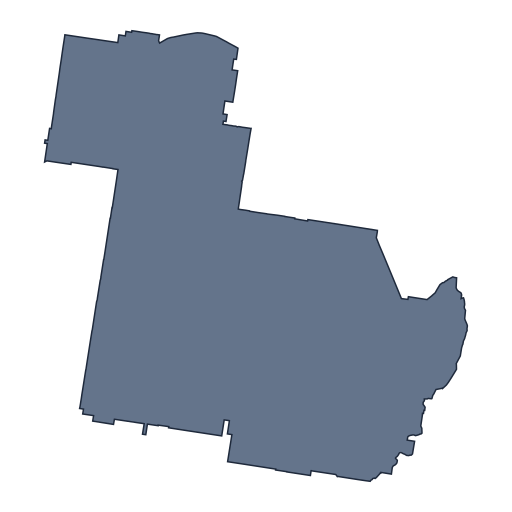 Coolamon, New South Wales, Australia
{"feature_id": "25037944B40233060499011", "entity_name": "Coolamon", "entity_type": "district", "adm_level": 2, "iso_a3": "AUS", "parent_name": "Australia", "parent_adm1": "New South Wales", "projection": "robinson", "projection_center": [147.189, -34.6], "detail": "fine", "context": "isolated", "style": "filled", "palette": "slate", "viewbox_px": 512, "rotation_deg": 0, "n_neighbors": 0, "source": "geoboundaries", "source_scale": "gbopen_adm2", "svg_char_len": 5764}
<svg xmlns="http://www.w3.org/2000/svg" viewBox="0 0 512 512"><path d="M63.6,43.5L62.9,48.1L62.1,53.6L61.2,60.0L60.1,67.1L59.8,69.3L59.3,73.2L56.1,95.1L56.0,96.3L55.4,99.6L53.6,112.5L53.5,113.7L53.4,114.4L53.0,117.0L51.5,126.8L51.3,128.7L49.6,128.4L47.8,140.3L45.1,139.9L44.6,143.2L47.3,143.6L44.6,162.0L44.8,161.9L45.0,161.8L45.8,161.4L46.6,161.0L46.9,160.9L47.1,160.9L57.8,162.5L70.9,164.4L71.2,162.3L93.9,165.7L99.3,166.5L102.7,167.1L103.4,167.1L113.0,168.6L113.0,168.8L118.0,169.5L116.3,181.2L112.3,207.7L112.0,207.6L110.4,218.3L110.1,218.3L104.9,252.5L103.8,259.5L103.6,259.6L101.0,276.2L100.9,276.7L100.9,277.0L100.9,277.5L100.6,279.2L100.2,280.5L97.4,298.1L97.3,299.1L97.2,299.9L97.1,300.2L96.8,301.0L96.6,301.6L92.3,329.7L92.2,330.2L92.0,330.7L90.4,340.8L86.5,365.8L86.0,369.3L85.8,369.8L85.3,372.9L83.7,383.1L82.7,389.4L81.9,394.4L81.3,398.6L80.9,401.0L80.4,404.2L80.0,406.7L79.6,408.5L83.5,409.1L82.7,414.0L93.6,415.6L92.7,421.1L113.5,424.4L114.4,419.3L114.8,419.3L144.2,423.7L142.5,434.2L145.8,434.7L147.4,424.1L158.1,425.7L158.1,425.1L168.8,426.6L168.6,427.8L186.8,430.6L221.7,435.9L224.2,419.9L229.2,420.6L229.4,420.7L227.4,433.9L231.9,434.6L227.6,461.7L244.8,464.3L275.8,469.1L275.6,470.0L286.3,471.6L286.7,471.6L286.7,471.9L310.4,475.5L311.1,470.7L311.3,470.7L311.3,470.8L335.8,474.5L337.3,476.6L337.6,476.4L358.2,479.6L365.6,480.7L370.2,481.3L370.9,480.2L372.2,479.5L372.6,478.6L374.5,478.1L375.1,478.5L376.3,477.6L380.2,473.3L380.2,473.2L380.8,473.2L380.9,472.4L391.4,474.1L392.3,467.4L392.8,466.6L392.9,466.4L393.1,466.1L393.4,465.8L393.5,465.7L394.0,465.5L395.1,464.9L396.1,464.0L396.5,463.4L396.9,462.9L397.0,462.3L397.3,460.8L397.3,460.3L397.2,460.1L397.0,459.9L396.7,459.5L396.0,458.9L395.7,458.6L395.5,458.3L395.5,458.0L395.7,457.7L396.6,456.8L397.1,456.5L397.4,456.2L398.6,454.5L398.8,454.1L398.9,453.6L399.2,453.2L399.7,452.8L400.2,452.6L400.7,452.6L401.1,452.6L401.5,452.7L402.0,453.0L402.5,453.3L403.5,453.8L404.9,454.3L405.3,454.6L406.6,455.4L408.8,455.6L409.7,455.2L411.3,455.1L412.5,453.9L414.6,441.3L407.2,440.1L407.8,436.8L408.1,436.5L408.4,436.2L409.0,435.9L409.3,435.8L410.0,435.5L410.4,435.4L411.8,435.1L412.5,435.0L412.9,434.9L413.1,434.9L413.3,434.9L414.0,435.0L414.7,435.3L415.4,435.6L415.5,435.5L416.1,435.5L418.9,434.7L419.9,434.1L421.0,434.0L422.0,433.1L421.8,428.2L420.9,426.3L420.8,425.8L421.0,424.5L422.5,414.4L422.4,414.4L422.5,413.3L423.5,413.4L423.9,410.3L424.7,410.4L425.1,407.2L423.1,404.3L423.2,402.3L424.4,400.7L424.3,399.0L427.3,398.9L428.2,398.4L431.4,398.8L431.9,398.6L432.8,395.3L432.9,395.2L433.7,394.1L436.0,389.5L442.1,388.3L442.2,388.2L442.5,388.6L446.4,385.0L448.4,382.3L451.6,377.3L456.5,369.3L456.4,364.7L456.2,363.7L460.3,356.0L461.6,347.9L462.5,344.9L462.9,344.2L463.4,341.1L464.6,338.6L464.9,337.5L465.6,335.2L466.1,332.7L467.1,330.7L467.0,328.6L467.4,325.9L467.0,324.4L465.1,320.0L464.7,318.6L465.5,310.3L465.2,309.8L464.7,308.9L464.5,308.5L464.3,307.6L464.3,307.2L464.3,306.7L464.3,306.2L464.5,305.7L464.6,305.2L464.6,304.8L464.7,304.2L464.6,303.2L464.5,302.7L464.5,302.2L464.4,301.1L464.3,300.7L464.2,300.2L464.0,299.3L463.8,298.7L463.6,298.0L463.5,297.8L463.2,297.8L462.9,297.9L461.1,298.6L461.6,295.4L461.4,295.4L461.5,294.8L461.5,294.5L461.5,294.2L461.4,293.9L461.3,293.6L461.2,293.4L461.1,293.1L460.9,292.9L460.8,292.7L460.6,292.6L459.9,292.1L459.0,291.6L458.1,290.9L457.6,290.5L457.4,290.2L457.2,290.1L456.9,289.5L456.6,289.0L456.5,288.7L456.3,288.3L456.2,287.8L456.1,287.5L456.2,286.2L456.6,277.8L454.7,277.5L452.8,276.9L447.8,279.6L447.8,279.8L447.7,280.0L446.1,280.9L445.7,281.0L445.3,281.3L444.0,282.5L443.8,282.6L443.1,282.6L442.7,282.7L442.4,282.8L440.4,284.3L440.0,284.6L439.8,284.9L436.8,289.9L435.2,292.8L432.2,295.4L432.2,295.5L427.3,299.4L427.1,299.6L408.4,296.7L407.9,299.4L401.4,298.6L393.0,278.2L387.9,265.9L383.1,254.3L379.4,245.6L376.3,237.8L377.3,231.9L377.4,230.4L356.5,227.1L347.7,225.7L307.9,219.6L307.6,221.0L294.7,218.8L294.8,218.0L292.0,217.6L284.7,216.5L284.7,216.3L277.4,215.2L268.3,214.1L267.2,214.0L266.9,213.8L258.3,212.6L251.4,211.5L249.7,211.3L249.6,210.9L245.5,210.2L240.3,209.5L238.3,209.1L238.5,207.4L239.3,202.2L239.8,198.6L241.6,186.5L241.6,186.3L241.6,186.0L241.8,184.4L242.1,182.5L242.1,182.2L242.1,181.8L241.7,181.2L242.0,180.8L242.3,180.7L242.5,180.3L243.4,175.4L243.4,175.0L243.6,174.4L243.7,174.1L245.2,164.8L245.7,161.7L245.8,160.5L246.3,157.5L247.6,149.6L248.5,143.9L250.1,133.9L251.1,128.4L250.6,128.4L250.4,128.4L249.6,128.2L249.1,128.2L248.6,128.1L248.0,128.0L247.2,127.9L246.5,127.8L245.2,127.6L243.7,127.4L242.7,127.3L241.2,127.0L240.6,126.9L240.2,126.8L239.7,126.8L239.2,126.6L238.4,126.6L237.5,126.8L237.2,126.9L236.3,126.4L236.0,126.2L235.2,126.1L234.1,126.1L233.5,126.0L232.4,125.8L231.6,125.6L230.6,125.5L228.9,125.3L227.3,124.9L226.9,124.8L226.4,124.8L222.9,124.3L223.4,121.1L226.0,121.5L227.1,114.6L223.0,113.9L224.9,101.0L232.8,102.2L234.5,91.9L234.7,90.6L235.6,84.8L236.6,77.8L237.7,70.7L232.1,69.9L233.7,59.1L236.4,59.4L238.0,48.2L235.6,46.8L228.7,43.1L226.3,41.7L224.2,40.6L217.3,36.9L216.3,36.4L214.5,35.9L204.8,33.6L202.8,33.2L201.4,33.0L199.0,32.9L197.5,32.8L196.5,32.9L195.6,33.0L192.4,33.5L188.6,34.1L186.6,34.4L185.0,34.7L183.2,35.0L180.0,35.7L176.2,36.5L173.0,37.2L172.5,37.2L170.4,37.6L169.6,37.9L168.8,38.1L168.2,38.3L167.6,38.5L167.0,38.8L166.5,39.1L164.8,40.1L161.7,41.9L159.6,43.1L158.6,40.8L159.5,34.9L159.1,34.8L158.6,34.8L158.1,34.7L157.6,34.6L157.2,34.6L156.6,34.6L155.9,34.4L154.0,34.1L153.4,34.0L152.9,33.9L152.4,33.8L151.9,33.7L150.9,33.6L150.0,33.5L149.5,33.3L149.0,33.2L146.4,32.8L142.5,32.3L136.9,31.4L131.9,30.7L131.6,32.3L126.0,31.4L125.3,35.9L118.9,34.9L117.8,42.6L101.4,40.2L100.7,40.1L98.1,39.7L87.0,38.1L64.9,34.8L64.6,37.0L64.1,40.3L63.6,43.5Z" fill="#64748b" stroke="#1e293b" stroke-width="1.5"/></svg>